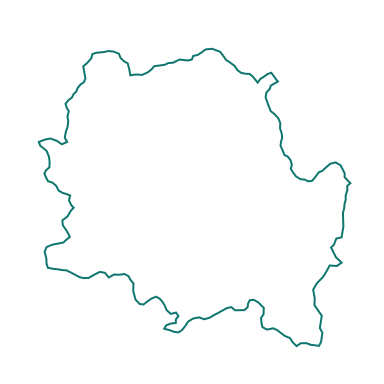 the district of Laranja da Terra, Espírito Santo, Brazil, rotated 185°
{"feature_id": "56859067B33263389973622", "entity_name": "Laranja da Terra", "entity_type": "district", "adm_level": 2, "iso_a3": "BRA", "parent_name": "Brazil", "parent_adm1": "Espírito Santo", "projection": "mercator", "projection_center": [-41.056, -19.874], "detail": "fine", "context": "isolated", "style": "outline", "palette": "teal", "viewbox_px": 384, "rotation_deg": 185, "n_neighbors": 0, "source": "geoboundaries", "source_scale": "gbopen_adm2", "svg_char_len": 3111}
<svg xmlns="http://www.w3.org/2000/svg" viewBox="0 0 384 384"><g transform="rotate(185 192 192)"><path d="M35.0,214.6L38.7,217.7L41.3,220.2L41.5,223.8L43.7,227.4L46.5,231.7L51.6,234.0L56.7,232.2L60.6,228.2L64.0,224.4L67.5,222.6L70.9,217.0L73.5,213.4L77.5,212.8L80.8,214.2L85.0,214.2L89.8,216.6L93.0,220.2L95.6,223.7L94.9,227.8L96.5,232.2L99.8,235.7L103.1,236.9L105.4,241.4L107.8,245.7L107.7,249.4L106.9,254.1L107.8,258.3L109.8,263.0L110.1,268.5L112.5,273.0L116.6,276.8L120.6,279.4L123.9,286.0L126.9,292.6L126.6,297.6L123.6,301.2L122.8,304.8L119.3,307.3L116.1,309.4L119.6,313.3L123.4,317.7L127.2,316.0L130.2,313.3L133.7,310.7L136.1,306.7L138.8,309.5L141.4,312.2L144.9,314.6L149.1,314.5L153.5,315.0L157.3,317.3L160.8,321.5L165.0,324.1L169.5,326.5L172.7,330.3L176.1,334.1L184.3,336.4L190.7,335.3L194.6,331.9L198.2,329.1L202.7,327.6L203.7,323.9L207.2,322.7L210.7,322.7L215.9,322.9L222.1,319.2L227.1,318.3L230.1,316.4L235.7,315.1L240.5,314.1L243.2,310.4L246.8,307.1L252.0,304.3L257.9,304.2L263.6,302.9L265.1,308.5L267.2,314.5L271.3,316.4L275.0,319.5L276.8,323.3L282.4,325.1L287.8,325.1L292.0,323.7L295.6,323.1L299.7,322.3L303.2,320.7L304.0,316.4L307.9,311.1L311.3,307.7L309.7,301.8L308.1,295.9L309.2,292.0L312.4,289.4L315.0,285.6L316.1,281.9L318.6,279.0L319.9,275.5L322.9,273.0L325.7,268.8L324.2,265.1L321.7,261.6L322.7,256.7L321.4,251.3L321.6,246.1L322.9,241.0L323.5,235.1L320.8,231.0L325.7,228.2L331.4,231.3L337.7,232.9L342.6,231.6L349.0,228.5L347.1,224.8L340.5,220.4L337.7,215.0L336.5,210.0L336.2,204.2L339.3,200.9L340.7,197.5L339.0,194.3L336.5,190.3L331.9,189.2L327.9,186.4L325.0,181.8L320.8,179.8L316.5,178.9L313.1,177.9L313.8,172.9L311.1,168.3L308.5,166.0L311.1,162.7L313.9,156.8L318.7,152.4L317.8,147.6L314.3,143.4L311.6,139.7L309.8,136.6L313.3,133.2L315.8,130.4L320.8,129.0L327.0,127.2L332.1,124.4L333.6,119.6L331.3,113.0L330.6,107.6L328.9,103.9L323.5,103.4L318.8,103.3L315.0,102.9L310.1,103.0L305.6,101.2L301.3,99.4L296.7,97.4L292.6,96.8L287.6,97.3L284.1,99.8L280.9,101.9L276.8,104.4L271.7,103.9L267.4,99.6L262.5,103.0L257.4,103.2L252.2,104.4L247.9,102.6L245.3,98.7L242.3,95.8L242.2,92.0L241.9,88.3L240.6,84.6L238.9,79.9L234.4,75.9L230.5,75.7L225.9,80.0L222.6,82.6L218.5,84.6L214.5,82.6L211.9,80.0L209.4,76.7L207.0,72.1L202.5,68.7L197.4,70.5L194.7,67.1L196.9,64.0L196.7,60.1L201.6,59.1L206.1,56.9L207.8,53.4L202.3,52.4L198.0,51.2L193.4,50.9L189.9,53.6L187.0,58.0L184.4,62.7L179.7,66.1L174.0,67.7L168.7,66.3L163.5,68.3L159.4,71.3L155.2,73.9L151.9,76.2L147.0,79.5L142.7,80.7L138.8,77.9L134.5,78.4L129.6,78.9L126.6,81.9L126.4,85.8L125.0,89.2L121.2,90.0L116.3,87.8L110.4,82.8L110.1,76.5L112.2,72.5L111.4,67.8L110.1,63.5L105.2,61.5L99.2,63.3L95.3,61.9L91.5,59.5L87.0,56.7L81.6,55.0L78.7,51.2L74.4,47.6L70.5,50.8L64.9,51.4L60.2,50.1L55.9,50.0L52.0,49.8L50.3,54.2L49.9,63.3L52.7,67.5L52.5,72.0L51.9,80.0L60.2,90.0L60.5,97.0L62.8,105.2L59.7,111.9L54.0,118.9L51.0,124.9L48.4,130.8L41.2,130.9L36.8,134.7L42.8,139.4L48.6,148.8L46.0,151.9L44.2,158.2L39.0,159.9L38.2,171.0L39.8,184.3L39.0,188.9L39.0,193.7L38.2,197.6L38.6,202.0L37.4,207.4L37.9,211.6L35.0,214.6Z" fill="none" stroke="#0f766e" stroke-width="2"/></g></svg>